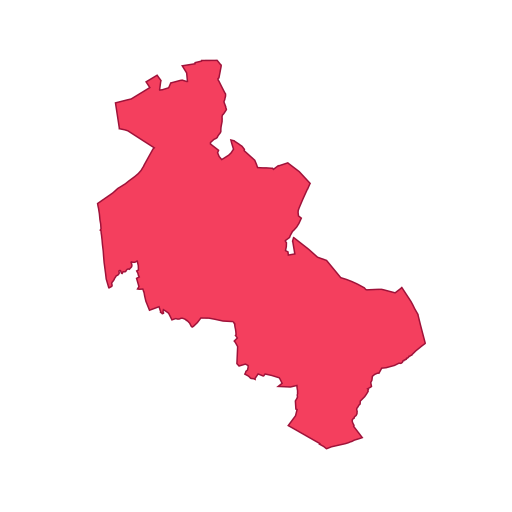 Ciblas pag., Ciblas, Latvia, rotated 350°
{"feature_id": "27541924B77799225561415", "entity_name": "Ciblas pag.", "entity_type": "district", "adm_level": 2, "iso_a3": "LVA", "parent_name": "Latvia", "parent_adm1": "Ciblas", "projection": "albers", "projection_center": [27.918, 56.534], "detail": "fine", "context": "isolated", "style": "filled", "palette": "rose", "viewbox_px": 512, "rotation_deg": 350, "n_neighbors": 0, "source": "geoboundaries", "source_scale": "gbopen_adm2", "svg_char_len": 6026}
<svg xmlns="http://www.w3.org/2000/svg" viewBox="0 0 512 512"><g transform="rotate(350 256 256)"><path d="M144.2,80.8L143.6,106.7L143.5,106.9L148.8,109.0L151.6,110.5L164.3,122.3L174.6,131.8L173.2,132.7L161.3,147.4L161.3,147.7L159.2,150.0L157.8,151.7L154.4,154.4L150.3,156.8L144.2,159.8L139.9,162.2L131.6,165.5L125.8,169.1L109.1,176.8L109.1,180.4L109.2,181.0L109.1,187.1L108.6,193.4L108.6,197.4L108.1,202.3L107.1,203.5L107.7,204.2L107.7,204.7L107.5,207.0L107.5,208.5L107.2,213.3L106.8,217.6L106.4,224.7L105.9,229.4L105.3,236.0L104.8,247.6L104.5,252.6L105.5,261.6L105.7,261.9L108.3,261.0L108.7,260.8L109.0,260.4L109.1,260.1L109.2,259.7L109.1,257.9L109.3,257.5L109.8,256.8L110.6,256.2L111.8,255.0L112.3,254.4L112.6,253.8L113.0,253.3L113.7,252.7L114.9,251.3L115.1,251.2L116.4,250.9L117.5,250.2L118.1,249.4L118.4,249.0L118.3,247.6L118.4,247.1L118.5,246.9L118.8,246.7L119.5,246.6L119.9,246.8L120.2,247.5L120.4,249.3L120.8,249.8L121.1,250.0L121.5,249.6L121.8,249.0L122.0,248.7L122.7,248.5L124.1,248.8L124.7,248.7L125.2,248.4L125.7,247.7L126.6,246.9L127.1,246.7L128.3,246.6L128.8,247.1L129.1,247.0L129.9,246.3L131.2,245.4L131.7,244.9L132.2,243.5L132.2,243.1L132.2,242.5L132.0,241.3L131.9,240.7L131.9,240.4L132.1,240.3L132.4,240.2L133.4,240.7L134.5,241.0L135.6,241.1L136.7,240.8L138.0,240.3L138.2,240.9L138.4,245.0L137.8,249.3L135.9,250.0L136.7,252.4L136.8,254.5L137.4,256.3L134.5,257.3L135.4,265.8L133.6,267.9L135.4,268.5L138.8,268.9L139.0,270.0L139.2,271.8L139.4,272.0L139.4,276.1L139.7,281.4L141.7,290.9L151.7,289.1L152.5,294.8L152.3,295.0L153.1,295.6L153.6,296.5L153.8,296.6L155.0,296.3L155.1,296.0L154.8,294.9L154.8,294.5L155.5,292.8L157.3,294.4L159.7,296.8L160.2,297.8L162.1,304.3L165.7,303.7L166.4,303.8L167.8,304.5L169.0,304.7L169.8,304.7L171.2,304.3L172.4,304.4L173.3,304.8L174.2,305.3L175.8,306.4L176.0,306.7L176.1,307.3L176.6,307.6L177.0,307.6L178.0,309.1L179.0,310.6L180.0,313.9L180.5,314.6L180.9,314.9L181.2,314.8L182.2,314.4L185.5,312.2L186.7,311.4L190.9,307.5L198.8,309.0L204.4,311.1L212.2,314.3L222.3,316.7L222.2,316.7L222.6,317.8L222.7,318.3L223.1,318.5L223.1,318.8L223.3,319.0L223.3,319.3L223.1,319.3L223.0,322.3L223.1,324.5L223.0,327.1L222.7,330.1L222.0,330.6L223.4,333.5L219.8,336.0L220.6,337.4L222.2,342.0L218.5,358.7L220.2,361.4L226.8,360.6L229.1,362.4L229.2,362.5L228.9,364.3L228.2,365.9L228.1,366.4L227.7,366.9L226.1,367.8L225.8,368.3L225.4,369.2L224.8,369.9L224.5,370.4L227.2,372.5L228.5,373.9L229.2,375.1L229.7,375.6L230.4,375.9L232.3,376.4L233.7,377.3L233.7,376.5L237.6,372.5L242.2,375.4L242.7,375.4L244.5,373.8L250.6,376.3L257.8,380.0L258.5,382.0L259.6,385.9L255.2,388.3L267.2,391.0L273.8,390.6L273.6,392.5L273.6,393.4L273.5,393.9L273.6,395.1L273.4,396.8L273.2,397.5L273.2,398.0L273.2,398.4L272.7,399.5L272.5,400.1L272.4,400.8L272.4,402.0L272.3,402.3L271.8,402.9L271.9,403.0L269.6,405.6L268.7,413.7L269.8,414.3L267.2,420.2L258.3,428.6L286.3,451.8L285.8,452.3L289.4,455.2L290.1,455.9L291.9,458.0L292.8,457.9L297.1,457.0L311.6,456.3L314.7,455.9L316.7,455.4L318.1,455.3L320.9,454.4L326.6,453.7L329.1,453.3L322.6,440.8L322.6,440.6L322.8,440.5L323.1,439.8L322.4,437.7L322.2,436.6L322.1,436.0L322.1,435.5L322.3,434.9L322.2,434.3L322.5,433.9L322.9,433.5L323.5,433.2L323.8,432.8L324.3,432.8L324.6,432.6L324.7,432.2L325.0,431.6L325.3,431.3L326.5,430.7L326.9,430.4L327.4,429.8L328.1,428.7L328.4,427.3L328.6,426.8L328.5,424.5L328.8,423.6L330.0,422.5L331.5,420.7L332.6,420.1L332.9,419.5L333.5,417.0L338.6,413.4L340.7,411.3L342.9,408.8L342.8,408.0L343.5,407.1L342.8,406.2L345.7,405.2L346.8,404.7L347.1,404.5L347.0,400.6L348.6,398.4L349.7,394.7L352.3,393.2L354.8,392.6L356.0,392.5L356.7,392.8L360.3,388.3L364.8,388.6L373.4,387.8L378.1,386.4L378.5,386.4L379.3,386.8L379.8,386.8L380.7,386.7L381.9,385.9L382.2,385.2L382.4,384.9L383.5,384.8L383.8,384.2L384.0,384.1L384.9,384.2L385.1,384.1L385.2,383.9L385.4,383.8L385.6,383.9L385.8,383.9L386.1,383.8L386.5,382.9L387.0,383.0L387.4,382.7L388.2,382.5L389.0,381.8L389.3,381.3L389.7,381.4L390.3,381.3L390.5,381.1L390.9,380.9L392.3,380.6L392.5,380.2L397.0,377.1L403.3,373.6L407.4,371.5L407.5,371.1L406.0,352.7L405.3,342.2L405.4,341.8L403.1,335.5L401.9,331.3L400.7,327.7L394.1,312.3L393.9,312.3L393.7,312.6L393.2,313.0L386.7,316.4L386.3,316.3L375.7,311.4L373.8,310.6L369.4,309.9L359.3,308.6L358.2,308.0L357.2,306.2L351.3,301.5L349.9,300.5L345.8,297.7L341.0,294.8L335.8,292.1L335.6,291.9L324.7,272.6L316.4,267.9L309.0,258.5L296.4,244.5L296.2,244.4L294.6,247.7L294.7,247.8L294.6,260.7L288.0,260.7L288.2,257.5L286.2,256.0L286.0,255.7L287.5,252.0L288.3,248.2L287.6,246.9L287.5,246.1L288.2,245.6L292.2,243.6L293.4,241.6L295.7,238.8L296.0,238.2L297.4,237.4L301.0,234.6L303.9,231.4L307.2,226.6L304.8,223.9L305.0,220.4L305.5,218.5L306.9,216.0L311.9,208.3L318.2,199.1L318.4,199.1L321.8,194.0L321.9,193.9L313.2,180.4L303.6,170.0L303.5,169.8L293.1,171.3L293.1,171.2L288.2,173.7L287.6,172.5L287.4,172.5L281.8,171.1L278.0,170.4L272.9,169.2L272.4,165.9L271.4,161.5L262.6,150.2L263.1,149.0L261.7,146.3L261.1,145.3L259.7,144.0L258.7,142.9L254.7,139.1L254.6,138.8L251.4,137.4L251.6,140.2L252.4,146.9L249.4,150.1L246.6,152.0L239.0,155.1L237.0,151.7L236.1,147.6L237.5,145.4L230.6,137.8L230.7,137.5L230.7,136.7L231.0,136.3L231.4,136.0L234.9,133.8L236.9,133.3L237.8,132.9L238.3,132.6L238.7,132.1L239.3,131.2L240.4,130.1L242.3,128.4L243.0,127.3L243.4,125.0L244.0,122.8L245.9,117.8L246.5,114.9L246.7,113.0L247.3,111.7L247.6,111.1L248.3,110.8L249.6,109.6L252.1,106.9L252.3,106.6L252.3,106.2L252.0,104.6L252.1,103.7L251.3,99.5L251.2,98.5L252.4,96.5L252.7,95.6L253.8,93.2L254.1,91.4L254.1,90.9L253.6,89.9L251.4,82.7L249.8,77.3L249.3,76.2L249.3,74.9L249.6,74.6L249.9,74.3L250.4,74.2L254.4,63.7L254.8,62.4L254.8,62.0L254.6,61.5L254.2,61.1L252.6,58.2L251.7,56.6L236.4,54.0L236.2,54.6L229.6,55.0L229.3,56.1L216.4,55.9L219.5,63.7L218.8,72.2L218.0,72.1L213.7,69.9L213.4,70.1L212.3,69.9L202.0,70.8L201.8,71.3L199.4,74.9L199.0,75.2L192.7,76.0L190.0,75.9L189.9,75.6L192.4,67.8L192.9,66.8L190.0,60.8L178.0,65.4L180.7,71.7L160.3,79.7L156.4,79.9L144.2,80.8Z" fill="#f43f5e" stroke="#9f1239" stroke-width="1.5"/></g></svg>